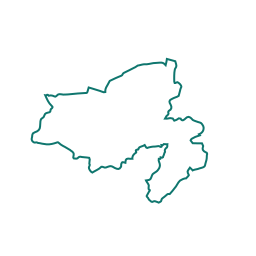 México, Albers equal-area conic projection, rotated 48°
{"feature_id": "MEX-2731", "entity_name": "México", "entity_type": "State", "adm_level": 1, "iso_a3": "MEX", "parent_name": "Mexico", "parent_adm1": "", "projection": "albers", "projection_center": [-99.447, 19.349], "detail": "fine", "context": "isolated", "style": "outline", "palette": "teal", "viewbox_px": 256, "rotation_deg": 48, "n_neighbors": 0, "source": "natural_earth", "source_scale": "10m", "svg_char_len": 5848}
<svg xmlns="http://www.w3.org/2000/svg" viewBox="0 0 256 256"><g transform="rotate(48 128 128)"><path d="M204.3,118.6L203.6,119.4L203.1,120.4L202.7,121.4L202.4,122.5L201.9,124.6L202.2,127.0L203.6,131.7L203.7,132.5L204.5,137.1L205.0,141.2L204.5,141.7L204.0,142.2L203.6,142.9L203.5,146.7L203.3,149.0L203.3,150.2L203.7,151.1L204.2,151.8L204.5,152.4L204.5,153.1L204.3,153.9L204.0,155.1L202.7,155.7L201.6,156.3L200.7,156.8L199.9,157.5L199.5,158.5L199.1,159.5L198.2,160.0L197.1,160.1L195.9,160.3L195.0,160.3L193.3,159.9L192.3,159.9L191.6,159.9L191.1,159.7L190.8,159.2L190.6,158.5L190.4,157.9L190.1,157.2L189.9,156.5L189.6,155.8L189.3,154.6L189.2,154.0L188.8,153.4L188.3,153.4L187.8,153.6L187.2,153.5L186.5,153.0L185.9,152.4L184.6,151.0L184.2,150.8L182.8,150.4L180.1,150.0L179.0,149.7L180.2,147.9L180.7,147.0L180.9,145.9L181.0,145.7L180.9,145.5L180.5,144.2L179.2,141.7L178.8,140.4L178.9,139.4L179.0,138.4L179.3,136.5L179.4,135.3L179.3,134.2L179.1,133.2L178.8,132.1L178.8,131.9L178.6,131.5L178.5,131.3L178.2,130.7L177.8,130.1L177.4,129.6L176.9,129.1L175.5,128.2L174.0,127.6L172.6,126.9L171.5,125.7L172.5,124.6L172.2,124.1L171.9,123.7L171.6,123.4L172.4,122.9L173.0,122.3L173.1,121.5L172.6,120.8L172.1,119.6L171.9,119.3L171.4,118.4L171.0,117.8L170.8,117.1L170.5,116.4L169.7,116.0L169.0,115.3L168.6,114.4L168.4,113.2L168.4,112.8L168.5,112.6L168.4,111.9L168.1,111.3L167.6,110.7L167.0,110.3L166.4,109.6L166.0,110.1L165.5,110.6L165.0,111.1L164.6,111.5L163.9,112.2L164.0,113.0L163.9,113.8L163.1,114.5L164.0,114.9L164.3,115.6L164.1,116.2L163.3,116.7L162.8,116.8L162.3,117.1L161.9,117.4L161.6,117.8L160.4,119.6L159.5,120.8L158.4,122.1L157.5,123.5L156.7,124.9L156.3,125.6L155.7,127.1L154.7,127.5L153.3,127.3L151.8,127.0L151.4,128.7L150.6,130.6L150.0,132.4L150.3,134.0L150.6,134.2L150.7,134.5L150.8,134.8L150.7,135.1L150.1,135.9L149.8,136.6L150.0,137.3L150.8,137.8L151.1,137.8L151.4,138.0L151.6,138.2L151.7,138.6L151.5,140.2L151.6,141.7L152.0,143.1L152.8,144.4L153.0,144.6L153.2,144.9L153.5,145.1L153.8,145.3L153.1,146.1L152.4,146.9L151.6,147.7L150.8,148.4L150.1,149.8L150.3,151.0L151.1,152.1L152.1,153.2L150.9,154.0L149.9,154.7L149.6,155.6L150.3,157.2L152.1,159.0L152.5,161.2L152.0,162.6L150.8,163.6L149.0,164.5L148.1,164.8L147.2,165.1L146.3,165.4L145.4,165.9L144.4,166.8L143.7,168.1L143.1,169.5L142.6,170.8L141.8,171.8L140.7,172.4L139.7,173.0L139.0,173.8L139.0,174.3L138.9,176.7L138.4,179.1L137.8,181.6L137.3,184.0L137.2,184.1L137.2,184.3L135.8,184.7L133.9,184.6L132.1,184.1L131.0,183.3L130.2,181.6L129.7,181.0L128.7,180.7L127.3,179.2L125.8,177.5L124.2,176.8L122.3,178.4L120.9,179.7L118.7,181.7L118.0,182.2L117.3,182.8L116.8,183.7L116.7,184.7L116.7,185.6L116.5,186.5L115.7,187.4L114.4,188.6L113.4,188.5L112.6,187.6L111.7,186.4L110.5,185.4L109.3,185.2L107.9,185.3L106.3,185.7L105.8,185.7L105.4,185.8L104.9,186.0L104.5,186.1L102.9,186.6L101.3,187.1L99.7,187.6L98.1,188.2L96.5,188.7L95.0,189.1L93.4,189.3L91.8,189.6L91.6,189.8L91.4,190.1L91.2,190.5L91.1,190.8L90.0,193.2L88.8,195.4L87.4,197.5L85.7,199.4L83.9,200.9L82.2,202.3L80.4,203.6L78.7,205.0L77.7,205.4L77.1,206.1L76.5,207.0L75.6,207.6L74.6,207.8L73.4,207.8L72.3,207.4L71.5,206.7L70.4,205.2L69.8,204.5L69.2,203.9L68.4,202.3L68.8,200.2L69.6,198.0L69.8,195.9L69.3,194.0L68.1,192.4L65.3,189.5L64.6,188.8L64.0,188.0L63.5,187.2L63.2,186.3L63.3,185.2L63.4,184.2L63.4,183.3L62.9,182.2L62.1,180.4L62.2,178.9L62.9,177.4L63.8,175.7L63.7,174.7L63.2,174.0L62.7,173.4L62.4,172.6L62.4,171.2L62.2,170.4L61.6,169.9L60.5,169.9L57.3,169.9L54.3,169.4L51.4,168.6L48.3,167.6L48.9,167.1L49.1,166.5L49.2,165.9L49.7,165.4L50.2,165.3L50.6,165.4L51.0,165.3L51.4,164.6L52.0,163.7L53.0,162.8L54.1,162.1L55.0,161.7L56.0,161.1L56.3,160.1L56.3,158.8L56.3,157.7L56.8,156.6L57.7,155.6L58.7,154.7L59.7,153.9L60.5,153.0L62.1,151.1L62.9,150.1L68.7,142.3L72.8,137.1L73.5,136.2L74.1,135.5L74.3,134.7L73.9,133.8L71.6,130.1L73.7,128.8L81.9,123.9L83.3,123.2L85.2,122.1L86.1,120.8L84.8,119.6L83.9,118.4L83.2,117.0L82.2,114.0L81.3,111.5L81.0,110.7L80.8,110.0L82.5,104.3L83.4,101.6L84.7,97.9L84.8,97.0L84.5,96.1L84.2,95.1L84.3,94.1L85.8,88.8L87.3,83.2L87.6,82.2L87.8,81.1L88.1,79.0L88.9,77.7L89.6,76.4L90.3,75.1L91.1,73.8L91.6,73.2L93.2,71.4L94.4,69.6L96.7,65.8L100.2,61.3L101.6,59.6L102.9,58.6L104.4,58.1L106.5,58.0L105.6,56.7L104.7,55.4L103.7,54.1L102.7,52.9L110.0,48.2L112.7,49.5L114.1,50.4L114.8,51.3L115.3,52.7L115.5,53.4L115.9,54.1L117.8,56.4L120.0,58.6L122.3,60.7L124.5,62.6L125.8,63.2L126.3,62.6L126.6,61.5L127.1,60.6L128.4,60.2L130.2,60.0L132.0,60.2L133.1,60.8L133.5,61.7L133.9,62.5L134.4,63.4L135.0,64.2L138.0,68.8L137.6,70.7L137.0,72.2L136.4,73.8L135.9,75.5L135.4,77.8L135.9,79.3L137.2,80.2L139.2,80.7L141.0,81.4L142.2,82.5L142.8,84.0L142.6,86.2L142.8,87.0L143.1,87.5L143.6,87.8L144.3,88.2L144.7,88.8L144.9,89.7L144.9,91.5L145.8,94.2L147.1,92.8L148.9,90.0L150.9,88.4L153.5,88.7L154.4,86.5L154.8,83.8L156.3,82.6L157.1,82.8L157.9,82.8L158.6,82.5L159.1,81.8L159.4,80.3L159.4,78.6L159.5,77.0L160.2,75.6L161.4,74.9L162.6,74.6L163.9,74.5L165.3,74.5L167.0,73.8L168.7,72.9L170.5,71.9L172.1,70.9L173.3,70.4L174.6,70.4L175.9,70.6L177.2,70.9L177.6,71.2L178.0,71.4L178.4,71.6L178.7,71.9L179.5,72.8L180.1,73.7L180.5,74.7L180.7,75.8L180.7,76.7L180.7,77.6L180.4,78.5L180.1,79.4L180.5,79.4L181.2,79.6L181.5,79.6L180.2,82.6L179.6,84.1L179.2,85.7L179.0,86.5L178.8,87.2L178.7,88.0L178.7,88.7L178.8,89.0L178.9,89.3L179.1,89.5L179.2,89.8L182.6,90.1L185.9,86.6L188.9,83.3L191.7,84.2L193.0,86.1L194.3,87.0L196.0,87.1L198.1,86.5L198.9,86.1L199.7,86.2L200.4,86.7L200.9,87.5L203.3,89.9L203.7,90.4L204.0,90.8L204.4,91.3L204.7,91.8L206.2,94.2L207.0,95.3L207.5,96.1L207.7,96.9L207.6,98.0L207.3,98.9L206.8,100.0L206.3,101.0L205.8,102.0L205.2,103.5L204.4,104.9L203.6,106.3L202.9,107.8L202.8,108.3L201.8,108.3L199.9,108.4L198.9,108.5L199.5,111.1L200.1,112.7L201.4,113.6L203.7,114.3L204.0,115.3L204.1,116.4L204.3,118.6Z" fill="none" stroke="#0f766e" stroke-width="2"/></g></svg>